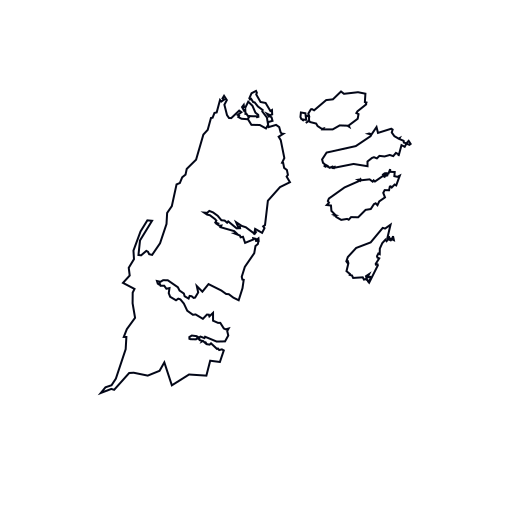 Haram nor, Møre og Romsdal, Norway, rotated 119°
{"feature_id": "86288312B90203417254551", "entity_name": "Haram nor", "entity_type": "district", "adm_level": 2, "iso_a3": "NOR", "parent_name": "Norway", "parent_adm1": "Møre og Romsdal", "projection": "mercator", "projection_center": [6.407, 62.619], "detail": "fine", "context": "isolated", "style": "outline", "palette": "ink", "viewbox_px": 512, "rotation_deg": 119, "n_neighbors": 0, "source": "geoboundaries", "source_scale": "gbopen_adm2", "svg_char_len": 6125}
<svg xmlns="http://www.w3.org/2000/svg" viewBox="0 0 512 512"><g transform="rotate(119 256 256)"><path d="M366.2,236.2L354.2,238.4L354.2,240.6L356.1,242.6L355.4,244.5L356.2,245.1L354.2,253.0L356.0,253.6L357.0,256.3L356.2,257.8L356.8,257.8L356.0,261.2L356.9,261.8L356.3,261.8L356.9,264.5L355.8,265.4L356.5,266.3L355.9,267.6L358.0,268.1L360.5,272.9L360.7,274.1L359.2,275.0L356.7,273.6L354.9,269.1L355.0,266.4L353.4,265.5L352.8,261.3L351.3,261.4L349.9,248.9L345.7,241.7L339.0,241.7L335.6,244.8L332.7,244.8L334.8,246.9L335.0,249.0L331.8,254.8L332.9,256.8L333.4,262.2L326.6,266.0L331.4,267.5L330.2,268.8L331.0,270.5L336.7,272.0L336.4,280.5L338.0,282.7L337.2,289.6L332.6,296.0L330.6,301.1L331.0,303.3L333.5,304.5L333.3,311.3L330.8,314.3L326.0,316.1L328.1,318.5L326.5,321.9L328.3,325.0L326.7,327.0L327.9,327.1L327.8,328.5L325.9,330.5L324.9,327.1L322.2,325.5L320.0,321.4L321.2,309.2L323.3,306.1L323.8,300.9L325.8,298.9L325.9,294.3L323.1,294.7L322.4,292.8L322.9,290.2L321.9,289.1L315.9,288.9L311.0,293.2L313.2,285.6L303.6,283.9L303.0,269.6L303.7,263.7L302.6,261.3L303.4,255.6L303.1,249.7L290.7,252.2L282.8,255.2L283.2,256.5L281.1,258.4L270.9,260.5L254.4,258.9L247.5,261.3L244.7,260.2L241.2,261.2L239.4,262.4L240.9,263.0L241.5,261.5L242.8,263.2L241.1,264.6L241.8,267.0L242.7,266.2L249.8,271.9L245.5,276.7L247.1,278.5L245.9,280.0L246.7,285.8L245.5,284.3L244.8,287.1L248.0,301.0L246.2,301.1L247.3,302.6L247.0,305.9L246.0,305.3L246.4,307.8L244.3,307.8L243.6,309.7L242.7,316.1L243.5,318.8L243.2,322.4L241.9,319.6L239.2,318.7L238.7,314.7L239.4,309.0L241.5,303.6L240.2,300.6L240.9,297.4L239.2,297.1L241.2,286.3L239.4,283.4L238.4,284.2L238.9,286.2L236.1,289.8L236.6,283.0L235.8,278.8L237.3,267.9L234.3,267.5L236.5,268.6L232.7,269.9L232.8,261.9L227.5,262.1L226.6,264.1L224.6,263.1L201.9,272.4L184.1,268.4L175.0,262.1L171.7,267.7L169.6,267.4L165.8,270.7L165.3,274.1L161.4,277.4L161.8,278.4L156.6,278.7L142.7,290.5L140.7,294.0L135.9,291.4L136.5,292.9L135.9,294.4L132.0,298.2L131.6,302.0L137.1,307.4L135.4,309.0L139.6,309.1L139.6,316.2L143.5,323.6L140.3,329.3L143.0,335.3L143.0,338.9L141.6,338.8L141.5,340.3L137.3,338.5L137.0,341.2L147.4,344.5L148.4,346.5L146.8,349.7L139.0,357.0L133.8,357.1L131.4,361.6L134.4,361.7L134.7,359.7L137.7,361.2L137.0,363.1L149.5,360.0L151.0,361.7L156.1,361.0L157.1,362.3L169.1,359.4L175.3,360.9L200.8,355.1L213.4,358.8L219.0,357.1L222.9,358.7L229.1,358.0L231.9,360.2L253.2,353.8L261.4,354.6L271.4,349.8L291.4,346.1L305.4,347.4L306.2,350.3L304.7,352.5L304.7,354.4L311.1,356.8L312.1,359.3L298.6,365.0L275.6,364.0L277.5,368.3L290.5,368.9L310.7,365.8L317.9,361.2L328.0,361.6L334.3,357.0L344.0,359.3L343.7,346.3L347.8,346.1L357.2,341.0L368.7,331.8L382.6,333.5L390.9,332.4L389.7,330.1L400.7,324.8L431.2,319.1L439.1,319.7L443.8,324.0L451.0,325.3L442.4,318.1L441.8,315.2L419.8,310.2L417.4,306.4L413.1,292.7L403.2,284.7L393.5,284.6L409.9,266.9L392.1,257.1L384.7,241.4L369.8,245.3L366.2,236.2ZM126.3,167.6L116.0,169.2L118.2,170.7L119.1,173.7L115.3,175.4L117.3,179.4L115.0,180.8L119.5,180.1L120.5,182.4L121.5,183.8L120.2,180.7L121.9,180.2L123.3,181.8L122.1,183.9L123.2,184.4L124.0,182.8L123.2,182.3L124.4,182.0L124.5,183.8L133.2,188.1L132.8,189.8L134.4,190.0L133.9,193.8L138.7,200.6L138.3,201.5L139.3,201.3L138.9,202.5L139.7,203.5L139.5,201.5L153.1,211.8L170.4,220.1L173.1,219.8L174.0,218.0L177.1,218.8L175.5,214.9L180.0,211.9L181.4,207.2L182.1,207.8L181.8,206.3L183.0,207.7L182.0,205.8L183.0,204.8L183.1,199.0L179.4,194.3L179.3,192.5L175.9,191.7L172.6,185.4L162.5,182.5L159.3,178.4L153.5,178.0L151.9,176.9L152.7,174.4L148.5,174.7L142.2,171.6L139.1,175.3L136.0,175.4L134.0,171.5L130.4,172.6L129.8,172.0L130.3,170.5L126.3,169.4L126.3,167.6ZM83.0,175.1L81.3,178.3L84.6,179.1L85.1,181.7L83.7,182.7L84.2,187.6L83.3,187.6L84.2,188.2L84.1,193.1L82.2,197.1L79.2,197.8L79.1,199.4L89.2,209.0L84.8,213.1L93.8,213.9L93.7,214.7L94.0,216.4L94.6,217.0L93.9,213.9L95.7,213.9L111.5,222.0L131.3,244.4L139.5,245.0L142.0,242.6L142.6,239.7L144.2,239.5L144.1,237.6L143.8,239.5L142.5,238.9L142.6,236.9L144.0,236.9L142.6,236.7L143.2,234.5L141.4,233.0L141.9,232.9L141.1,231.9L141.8,231.5L141.6,231.0L141.0,231.7L139.8,230.4L140.2,230.1L141.1,230.9L141.3,230.8L128.2,215.3L123.4,202.0L119.3,204.3L114.0,202.1L112.4,200.7L112.0,197.6L108.6,196.6L106.6,191.8L102.8,188.0L102.1,184.4L98.0,183.6L98.0,180.6L97.1,180.7L99.5,179.8L88.5,182.5L88.4,178.9L84.8,178.9L84.4,175.7L83.0,175.1ZM80.2,237.4L69.4,232.9L70.0,233.5L68.2,233.8L68.6,235.4L61.0,239.0L63.3,246.2L71.5,257.7L70.9,261.4L81.7,264.7L85.6,270.2L100.4,275.8L100.4,278.3L101.1,279.1L106.0,279.3L107.8,277.5L108.1,278.6L109.6,280.3L107.2,282.0L108.7,286.3L112.9,284.5L114.3,282.6L113.8,281.1L115.2,280.4L113.6,280.5L112.6,278.1L113.2,277.5L109.7,280.2L107.9,277.5L111.9,275.2L115.5,277.0L112.0,275.1L112.6,273.6L111.0,267.6L112.5,265.1L112.9,259.9L112.0,259.0L113.0,259.1L108.1,250.3L101.2,246.1L97.7,239.2L97.8,237.1L96.9,238.2L86.7,233.6L82.2,235.1L82.3,237.5L80.2,237.4ZM175.3,143.1L172.2,145.8L174.4,145.2L176.4,147.6L175.0,148.7L176.3,149.9L163.4,153.5L169.4,156.4L170.0,158.8L188.5,162.3L200.4,172.3L212.4,175.2L216.9,174.4L217.3,173.5L216.5,173.8L216.0,173.2L217.5,171.7L225.4,169.5L226.2,165.1L227.1,164.9L226.5,162.6L228.1,160.4L222.9,152.3L224.3,150.1L223.1,149.0L223.2,147.1L220.3,150.0L217.0,148.3L220.6,148.1L218.9,145.9L220.1,144.8L224.0,145.5L224.5,144.1L205.1,144.9L204.4,145.6L205.4,147.0L204.8,147.5L198.3,147.1L198.5,149.0L197.5,150.1L194.5,150.2L194.4,148.7L189.5,151.3L183.5,151.8L178.9,150.7L179.7,149.0L177.2,148.5L177.0,145.7L175.5,145.3L175.3,143.1ZM133.0,310.3L129.8,307.1L127.2,309.6L127.0,312.2L127.7,312.4L126.2,315.3L126.0,311.9L124.3,310.5L120.6,312.8L122.2,313.7L117.5,321.8L119.1,326.7L114.6,334.1L112.8,334.4L111.6,336.0L115.8,338.8L121.3,338.3L122.0,337.1L120.9,336.5L122.8,333.0L122.3,331.7L124.3,326.8L125.1,320.9L126.5,320.6L129.6,313.6L135.3,309.1L133.0,310.3ZM133.6,323.4L134.1,322.4L133.1,321.4L131.5,322.5L130.9,326.0L126.3,332.0L124.8,337.6L130.8,337.3L131.7,338.6L129.8,340.0L132.5,340.4L134.7,336.9L133.1,336.4L136.8,334.1L136.2,333.4L137.4,331.1L136.8,329.7L140.2,329.6L136.8,329.3L133.6,323.4Z" fill="none" stroke="#020617" stroke-width="2"/></g></svg>